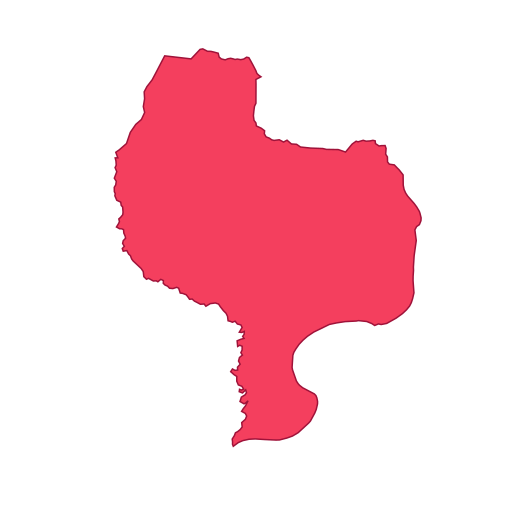 outline of Ananás, Tocantins, Brazil, rotated 195°
{"feature_id": "56859067B59489499559631", "entity_name": "Ananás", "entity_type": "district", "adm_level": 2, "iso_a3": "BRA", "parent_name": "Brazil", "parent_adm1": "Tocantins", "projection": "natural_earth1", "projection_center": [-48.183, -6.194], "detail": "fine", "context": "isolated", "style": "filled", "palette": "rose", "viewbox_px": 512, "rotation_deg": 195, "n_neighbors": 0, "source": "geoboundaries", "source_scale": "gbopen_adm2", "svg_char_len": 3717}
<svg xmlns="http://www.w3.org/2000/svg" viewBox="0 0 512 512"><g transform="rotate(195 256 256)"><path d="M123.4,219.6L120.1,222.1L117.4,222.2L112.3,224.7L104.6,232.2L99.6,238.3L96.7,243.0L94.7,247.4L93.9,251.1L93.7,255.3L93.9,261.3L97.9,272.8L99.0,277.1L100.1,282.8L101.1,286.1L103.3,297.1L105.2,312.4L109.3,322.4L108.5,326.0L106.3,328.6L105.8,332.8L106.4,335.6L108.6,339.6L109.8,341.4L113.5,345.0L116.9,347.7L125.0,353.1L127.7,355.5L130.2,358.6L132.1,362.5L134.9,372.4L140.1,376.3L142.9,377.9L146.0,379.8L151.0,379.2L153.3,380.9L154.7,385.7L157.1,387.9L158.2,393.6L159.9,396.1L163.6,395.0L165.6,394.1L169.7,395.5L170.7,398.1L173.0,398.0L175.8,396.6L179.4,395.4L182.4,395.5L187.0,392.7L189.0,392.8L192.1,389.0L196.4,379.6L204.0,380.1L215.6,377.2L219.3,377.1L231.1,374.4L241.2,372.8L245.7,374.4L250.8,373.4L256.0,375.9L258.9,373.2L263.6,374.3L268.5,372.3L270.9,372.3L273.6,373.3L277.1,373.7L279.6,376.2L280.1,379.2L284.0,380.8L289.3,381.7L290.5,384.5L293.0,386.5L294.8,390.8L295.6,395.6L296.2,400.2L295.6,403.5L300.5,422.1L301.8,426.5L297.6,430.4L300.3,431.4L302.4,432.6L304.1,435.0L308.2,439.5L312.1,443.6L314.2,445.7L316.5,445.6L318.9,443.0L321.6,441.7L325.0,441.4L327.1,440.4L329.3,440.5L331.7,440.4L334.1,439.3L336.5,437.5L340.5,437.4L343.1,438.6L345.0,442.1L349.3,442.1L352.6,442.0L355.8,441.2L361.0,442.3L363.5,441.1L369.7,429.6L396.0,425.7L400.0,407.6L401.9,399.3L405.2,391.4L406.5,385.6L404.3,379.0L403.5,371.1L400.7,365.8L402.0,358.2L406.2,352.0L409.4,342.9L410.2,331.1L415.6,323.1L418.3,319.9L414.9,315.1L417.4,314.3L415.9,311.6L414.5,307.5L415.0,304.9L412.3,301.4L413.0,294.5L410.3,292.0L409.9,288.3L410.7,285.7L409.5,281.5L408.1,279.8L407.9,277.6L404.9,273.8L400.6,273.0L399.3,270.0L397.5,268.8L395.8,264.0L395.4,261.4L396.8,258.3L398.1,256.3L396.8,253.8L397.2,251.5L398.3,247.9L394.8,247.0L392.7,247.5L390.8,247.2L389.6,243.9L387.5,241.3L386.6,239.4L388.2,236.5L388.1,233.6L385.7,231.3L387.1,228.6L385.5,226.3L382.2,227.8L379.5,224.9L377.4,223.8L375.4,221.0L373.4,219.4L363.7,214.2L360.9,211.8L359.0,207.0L355.8,205.2L354.0,206.6L351.2,205.9L348.7,205.3L345.9,206.2L344.1,205.7L341.9,208.8L339.1,208.3L338.5,205.6L336.4,204.4L333.6,204.0L331.2,202.5L327.9,203.0L324.5,205.2L322.4,204.9L319.6,200.6L317.2,200.9L313.4,200.5L310.6,198.4L309.0,197.0L306.5,197.9L303.8,196.5L300.9,195.9L297.2,195.0L293.7,196.2L291.4,194.5L287.8,198.2L285.0,199.3L283.2,200.1L279.7,199.9L277.5,197.9L273.4,194.8L270.1,192.9L267.9,190.4L266.2,186.2L263.7,186.2L261.7,185.9L259.3,187.6L256.4,185.5L252.8,185.5L250.9,183.4L252.4,178.1L250.0,178.4L247.8,180.1L247.2,177.2L248.1,174.9L246.2,173.3L248.9,171.8L252.3,169.2L250.3,163.9L248.6,165.6L246.0,165.2L245.1,161.5L245.6,158.7L243.5,156.8L245.7,153.7L245.7,150.0L243.3,147.4L245.1,143.8L244.2,141.1L246.7,140.1L249.5,140.8L250.5,137.7L246.5,135.7L243.4,134.7L242.2,130.1L239.7,126.9L235.9,126.5L233.5,124.2L235.3,122.8L237.4,123.0L237.1,120.6L233.6,120.2L231.3,124.0L229.8,121.4L230.6,119.1L233.6,115.9L233.8,111.3L229.3,110.1L227.8,111.6L226.2,114.1L227.4,108.4L228.8,105.2L229.7,102.2L225.6,101.2L223.6,99.0L224.0,95.5L226.7,91.4L225.1,87.3L226.4,84.2L228.2,81.7L230.1,79.9L230.4,76.9L231.6,73.0L230.5,70.3L230.0,68.1L228.7,66.3L224.8,71.2L220.9,74.3L215.3,77.2L209.4,79.1L200.5,80.9L189.0,83.4L185.7,84.4L179.0,88.2L174.2,91.5L169.5,96.3L161.9,108.3L160.7,110.7L158.6,119.5L158.1,123.4L158.3,129.1L158.9,131.5L160.5,134.7L162.0,136.7L164.0,137.9L176.8,140.8L180.5,142.4L182.3,143.6L184.6,145.7L191.2,155.4L192.3,157.7L194.7,169.7L194.5,172.8L193.5,176.4L191.5,181.9L188.8,186.9L185.5,191.8L180.5,197.5L178.9,198.9L167.4,208.9L160.9,212.2L152.9,215.7L142.4,219.1L140.3,220.1L132.1,221.4L126.6,220.7L123.4,219.6Z" fill="#f43f5e" stroke="#9f1239" stroke-width="1.5"/></g></svg>